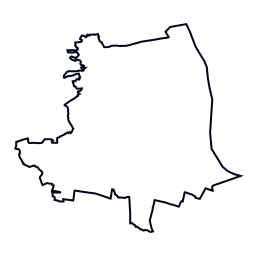 Dragasani, Vâlcea, Romania
{"feature_id": "2599482B20433096122329", "entity_name": "Dragasani", "entity_type": "district", "adm_level": 2, "iso_a3": "ROU", "parent_name": "Romania", "parent_adm1": "Vâlcea", "projection": "robinson", "projection_center": [24.24, 44.65], "detail": "fine", "context": "isolated", "style": "outline", "palette": "ink", "viewbox_px": 256, "rotation_deg": 0, "n_neighbors": 0, "source": "geoboundaries", "source_scale": "gbopen_adm2", "svg_char_len": 5509}
<svg xmlns="http://www.w3.org/2000/svg" viewBox="0 0 256 256"><path d="M240.6,175.9L233.8,174.0L227.9,171.2L222.6,166.8L211.6,148.9L210.1,132.9L211.7,108.2L212.3,99.5L209.6,88.1L207.9,78.5L206.8,67.2L204.5,61.4L199.4,53.1L195.5,46.5L192.4,38.3L191.4,35.9L190.3,32.6L186.3,24.1L170.1,27.0L165.6,31.7L166.6,33.7L168.0,35.9L168.6,37.2L167.1,37.7L160.4,38.6L155.1,39.6L141.5,41.7L130.4,44.8L127.3,45.6L125.2,45.9L121.4,45.9L121.1,45.9L121.1,46.0L119.9,46.1L119.0,46.0L118.2,45.7L117.1,45.7L112.8,45.7L111.0,45.9L110.4,46.4L109.8,46.7L108.7,46.8L107.8,47.0L106.5,47.2L104.2,47.1L102.6,44.2L101.5,42.6L101.7,42.4L100.7,42.0L99.5,40.9L99.2,39.7L98.9,39.4L98.7,37.5L98.9,36.8L98.4,36.9L98.2,34.7L98.0,34.1L95.3,34.7L94.4,34.8L94.2,34.7L94.1,34.4L92.7,34.6L89.6,34.7L89.6,35.3L89.3,35.6L87.4,34.7L86.4,36.2L86.8,36.4L85.8,37.3L84.7,36.2L84.2,35.8L82.7,35.6L81.8,35.6L81.7,36.1L80.2,38.1L80.2,38.8L80.1,39.2L80.7,39.6L82.0,40.1L81.6,41.7L79.0,42.2L75.2,42.6L75.5,44.0L75.1,45.0L75.1,45.5L75.6,45.6L76.1,46.2L76.2,47.4L76.7,47.7L77.5,47.8L77.9,48.8L77.8,49.2L77.6,49.6L77.1,50.0L76.9,49.9L76.3,50.3L75.2,50.7L74.8,50.7L73.9,50.1L67.4,50.3L67.8,51.6L67.9,52.2L68.1,52.4L69.5,52.5L70.3,52.3L71.5,52.7L72.4,52.7L73.9,52.2L74.9,52.3L76.4,52.0L77.3,52.4L77.5,52.8L77.7,53.6L78.0,54.0L78.6,54.2L78.8,54.6L78.8,54.8L78.8,55.0L77.3,56.8L76.8,57.1L75.7,57.6L74.7,57.7L71.5,56.5L70.8,57.2L70.1,57.5L70.7,58.9L71.0,59.1L71.5,59.4L72.9,60.0L73.4,60.1L75.5,60.9L75.8,60.3L76.0,59.3L80.2,60.6L81.0,62.1L80.3,63.5L80.7,64.1L80.7,64.5L81.2,64.9L81.8,65.1L83.0,65.2L83.6,65.7L84.1,66.0L84.1,66.3L81.6,67.1L81.1,67.6L81.9,68.6L82.5,68.6L85.1,68.1L83.5,69.8L83.2,70.3L83.2,70.7L82.2,70.8L80.3,70.5L79.0,70.5L78.1,71.1L76.7,71.3L69.0,71.2L67.3,71.8L66.5,72.4L65.6,73.5L64.8,74.7L63.8,75.8L64.2,77.8L66.0,77.3L66.1,77.0L67.4,76.2L67.8,76.3L73.0,75.5L73.9,75.0L74.2,74.9L74.5,74.6L78.7,73.6L79.0,74.3L80.1,77.4L79.3,77.7L79.3,78.3L79.5,79.0L79.4,79.4L79.2,79.6L78.4,79.6L77.7,79.2L76.8,79.1L76.6,79.2L75.8,80.7L75.4,81.2L74.5,81.4L74.0,81.5L73.7,81.0L72.6,81.3L73.3,83.4L74.0,86.1L74.2,86.3L75.4,86.5L75.6,86.6L76.0,87.7L76.7,88.6L77.0,88.7L78.2,88.7L79.7,88.7L82.0,88.4L82.0,88.6L81.5,89.3L81.2,89.9L80.1,91.0L79.5,91.2L78.6,91.3L78.0,91.5L77.9,92.0L78.2,92.0L78.4,92.3L78.5,93.5L78.9,93.9L79.2,94.0L78.1,94.5L77.7,94.8L78.1,95.7L75.4,97.5L75.3,97.9L70.6,100.6L67.1,103.0L64.7,104.7L64.6,105.0L64.6,105.3L64.9,105.4L66.9,106.4L67.2,106.8L67.7,107.6L68.2,109.8L67.9,111.0L68.1,111.9L68.4,113.8L67.9,115.4L68.0,116.6L68.4,117.8L68.2,118.1L68.2,118.5L68.4,120.5L68.8,120.8L69.0,121.5L69.3,121.8L70.1,123.5L71.6,125.5L72.4,127.2L73.3,128.6L73.2,128.8L72.5,130.0L72.2,130.9L72.2,131.2L71.6,132.0L71.0,132.7L70.6,133.1L69.9,132.1L68.5,133.1L67.9,132.4L65.4,133.6L65.5,133.9L62.1,135.6L60.0,136.5L59.9,136.9L58.8,137.3L57.1,138.2L57.2,142.7L55.7,142.8L52.1,142.7L51.8,141.9L51.8,140.6L52.9,140.4L52.7,140.1L52.5,139.9L51.5,139.4L49.1,139.1L47.9,139.3L44.7,139.2L42.1,142.8L39.2,143.1L37.0,143.1L33.7,142.8L29.0,143.1L28.1,141.7L28.0,140.5L28.3,139.7L28.2,139.2L28.0,138.7L27.6,138.3L25.9,138.9L21.4,140.0L21.4,140.4L18.7,141.1L18.6,141.4L16.3,141.8L16.2,143.7L16.2,146.3L15.6,147.3L15.4,148.2L15.4,148.6L17.3,149.0L18.5,149.0L19.4,150.3L19.8,151.1L19.8,151.9L19.9,152.4L19.9,153.1L19.3,154.0L19.5,154.5L19.1,154.8L19.5,156.8L20.0,157.6L20.2,158.2L21.2,159.3L21.8,160.9L22.9,162.4L22.9,163.0L23.3,164.0L24.2,163.9L24.6,164.5L24.6,164.8L28.1,166.2L28.9,166.8L29.3,167.0L32.6,165.9L33.5,165.8L34.2,165.5L34.4,165.6L34.7,165.7L35.8,166.7L36.5,167.0L37.6,167.2L37.8,167.4L38.3,168.0L38.7,168.8L39.2,169.3L42.0,171.8L42.3,172.3L42.2,174.1L41.8,174.7L40.3,176.5L40.1,176.9L39.9,178.3L41.1,181.0L41.3,182.1L41.9,183.6L42.2,184.3L42.9,185.1L47.0,183.0L48.6,183.5L51.2,183.8L52.2,184.1L52.1,184.9L53.6,185.3L53.8,185.6L53.4,186.7L53.3,187.6L52.6,188.9L52.0,190.7L54.7,191.0L59.8,192.0L60.1,192.1L60.2,192.3L60.0,192.5L59.7,192.6L52.2,192.4L52.6,193.7L52.7,196.4L53.6,196.5L54.2,196.8L54.4,197.0L54.8,197.8L54.8,198.6L54.6,200.0L56.2,200.2L57.0,200.4L59.7,201.4L61.8,201.5L63.5,201.5L63.2,199.2L69.8,200.0L73.2,200.5L73.4,199.7L74.3,191.7L74.8,190.6L88.4,192.6L95.5,193.5L110.6,198.6L112.1,189.3L113.0,189.4L113.6,189.6L113.6,190.0L113.9,191.0L114.4,191.6L114.6,192.2L115.0,193.4L115.0,194.4L115.4,194.7L116.7,195.2L116.8,195.6L117.0,196.0L117.7,196.4L117.8,197.0L118.0,197.3L119.2,197.7L119.7,197.3L120.9,197.5L124.4,197.9L125.5,197.9L126.0,197.4L126.7,197.1L127.6,197.0L129.2,196.9L129.5,200.8L130.0,210.4L130.2,212.8L130.2,219.5L130.1,223.3L131.0,223.3L131.8,222.9L133.2,224.2L134.2,224.6L134.7,224.9L134.8,225.6L135.6,225.9L135.8,226.2L135.8,226.4L135.6,226.6L135.7,226.8L136.0,226.9L136.4,226.8L136.9,226.8L137.6,227.0L138.4,227.7L139.9,228.7L140.2,229.3L141.0,229.2L141.6,229.6L142.5,229.8L143.0,230.4L143.3,230.5L143.7,230.5L144.7,230.0L147.6,230.4L148.1,230.7L148.9,231.4L150.7,231.9L151.3,231.8L153.0,231.4L152.8,231.0L152.0,229.6L151.1,226.4L149.9,221.2L149.8,220.2L152.7,209.4L152.7,209.2L152.6,208.5L152.7,208.0L152.8,208.0L152.9,207.6L153.9,203.8L154.4,200.9L154.6,200.1L165.5,202.5L171.4,204.6L171.7,204.5L172.4,204.6L177.4,206.2L178.3,206.6L178.9,206.6L180.7,202.2L181.3,201.3L182.7,201.6L184.7,192.3L185.9,192.5L190.8,194.2L191.8,194.4L193.1,195.1L193.3,195.5L195.3,196.4L195.3,196.7L195.2,197.3L195.4,197.8L199.0,198.7L199.8,198.8L201.9,195.2L205.5,188.3L212.7,190.8L212.8,189.9L212.4,189.3L212.2,188.9L212.1,188.4L212.1,187.6L212.3,186.8L212.6,186.0L213.6,185.4L228.8,180.1L240.6,175.9Z" fill="none" stroke="#020617" stroke-width="2"/></svg>